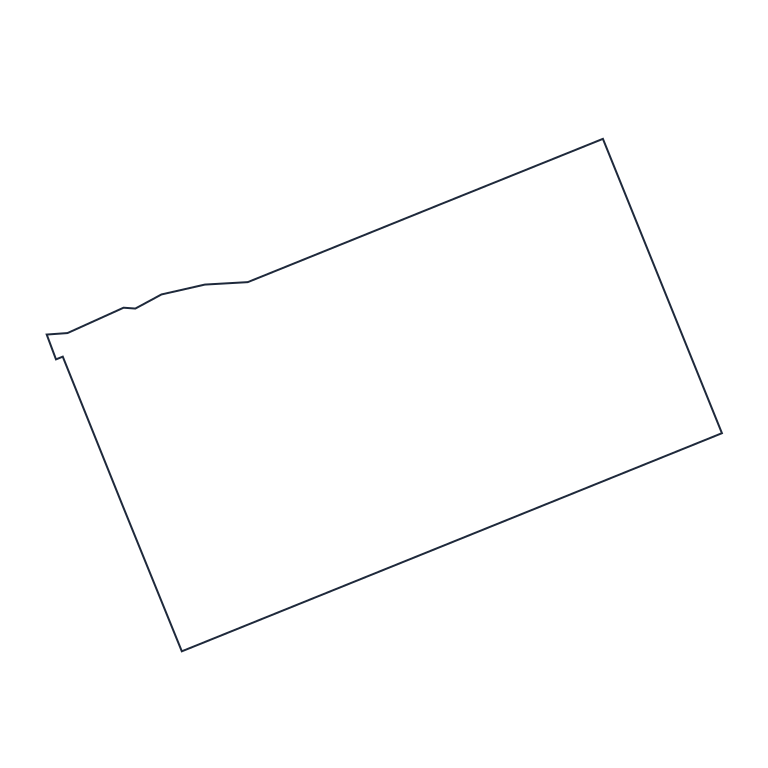 Dawson, Nebraska, United States of America (Natural Earth projection), rotated 158°
{"feature_id": "52423323B42382477020436", "entity_name": "Dawson", "entity_type": "district", "adm_level": 2, "iso_a3": "USA", "parent_name": "United States of America", "parent_adm1": "Nebraska", "projection": "natural_earth1", "projection_center": [-99.68, 40.859], "detail": "fine", "context": "isolated", "style": "outline", "palette": "slate", "viewbox_px": 768, "rotation_deg": 158, "n_neighbors": 0, "source": "geoboundaries", "source_scale": "gbopen_adm2", "svg_char_len": 343}
<svg xmlns="http://www.w3.org/2000/svg" viewBox="0 0 768 768"><g transform="rotate(158 384 384)"><path d="M89.2,529.3L265.7,529.5L472.2,529.5L512.9,543.3L556.8,550.4L586.3,547.1L596.9,552.3L658.4,549.8L678.2,556.2L678.9,529.7L671.6,529.7L671.9,371.3L671.6,211.9L89.1,211.8L89.2,529.3Z" fill="none" stroke="#1e293b" stroke-width="2"/></g></svg>